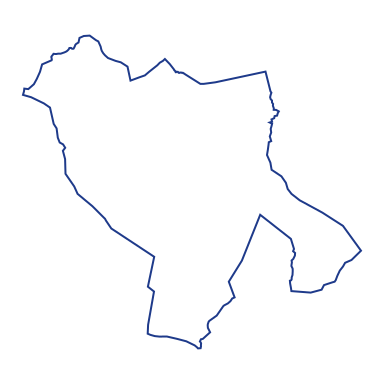 outline of Dange Shuni, Sokoto, Nigeria
{"feature_id": "59680162B96995039930644", "entity_name": "Dange Shuni", "entity_type": "district", "adm_level": 2, "iso_a3": "NGA", "parent_name": "Nigeria", "parent_adm1": "Sokoto", "projection": "orthographic", "projection_center": [5.413, 12.816], "detail": "fine", "context": "isolated", "style": "outline", "palette": "blue", "viewbox_px": 384, "rotation_deg": 0, "n_neighbors": 0, "source": "geoboundaries", "source_scale": "gbopen_adm2", "svg_char_len": 3126}
<svg xmlns="http://www.w3.org/2000/svg" viewBox="0 0 384 384"><path d="M299.7,200.3L291.5,193.9L287.7,189.0L285.9,182.8L281.4,176.3L271.6,169.8L270.4,162.7L267.0,155.0L267.9,149.5L268.6,144.2L268.8,142.2L271.2,141.1L269.8,136.4L271.2,132.5L270.7,128.9L271.5,126.2L272.1,123.7L269.7,122.5L272.1,121.7L271.5,119.4L274.2,118.2L274.6,116.1L277.1,115.6L277.7,113.3L278.8,111.4L276.1,109.9L273.7,109.8L273.8,108.2L272.9,105.8L273.1,104.0L272.0,102.5L272.0,100.5L270.7,99.2L270.1,97.2L270.7,94.7L271.4,92.7L270.5,91.4L265.5,71.6L243.1,76.4L215.4,82.3L203.5,83.9L200.4,83.9L185.0,74.2L184.1,73.5L183.7,73.4L183.4,73.3L183.3,73.1L183.1,72.9L182.9,72.8L182.7,72.9L182.3,72.9L182.2,72.9L181.9,72.7L181.6,72.6L181.4,72.6L181.2,72.7L180.8,72.5L180.7,72.5L180.3,72.5L179.9,72.7L179.5,72.9L179.3,72.9L179.0,72.9L178.7,72.8L178.7,72.6L178.6,72.4L178.4,72.3L178.1,72.1L177.9,71.9L177.3,71.9L177.1,71.8L176.8,71.7L176.5,71.7L176.2,71.8L176.3,72.0L176.1,72.2L175.9,72.3L175.7,72.2L175.5,71.8L175.4,71.6L175.2,71.2L175.0,70.8L174.6,70.5L174.3,70.3L174.3,70.0L174.2,69.9L174.0,69.5L169.8,64.1L164.9,59.0L162.9,60.9L159.8,62.7L157.3,65.3L149.1,71.8L144.9,75.4L139.4,77.3L130.5,80.6L127.5,66.6L120.8,62.3L115.6,60.9L111.4,59.3L108.0,58.0L105.0,55.3L103.2,53.2L101.8,50.9L101.3,49.5L100.6,46.5L98.3,41.4L96.0,40.2L89.7,35.6L83.8,36.0L79.5,37.9L78.5,42.5L76.2,43.9L75.3,44.9L74.8,46.3L73.9,48.1L73.5,48.7L72.6,48.8L72.3,48.7L72.0,48.7L71.6,48.5L71.4,48.2L71.2,48.0L70.9,48.0L70.5,47.9L70.0,48.0L69.4,48.0L69.0,48.9L68.4,49.7L67.5,50.6L66.5,51.4L65.3,52.0L64.4,52.4L60.6,53.7L58.0,53.7L57.4,53.8L56.8,53.9L56.4,54.0L56.0,54.0L55.6,54.0L55.0,54.0L54.4,53.9L53.9,53.8L53.5,53.8L53.0,54.6L52.6,55.1L52.2,55.6L51.6,56.3L51.3,56.9L51.3,57.1L51.4,57.4L51.5,57.6L51.6,57.9L51.6,58.1L51.6,58.4L51.7,58.7L51.7,59.0L51.8,59.3L51.8,59.6L51.7,60.0L51.6,60.3L42.1,64.4L40.0,71.8L36.8,78.9L33.9,84.2L28.3,89.1L24.3,88.6L24.0,91.3L23.0,94.9L31.1,97.2L43.9,103.4L50.0,107.6L53.7,123.9L56.6,128.4L57.8,137.7L59.7,142.5L63.1,144.4L65.2,147.8L62.9,150.8L65.1,159.1L65.5,173.8L74.2,186.4L74.3,186.6L77.6,193.9L92.4,206.2L102.5,216.3L105.1,218.9L105.9,220.5L111.3,228.5L154.2,256.8L147.9,286.7L154.0,291.5L148.1,324.8L147.7,333.7L150.5,334.9L154.8,336.1L159.5,336.6L166.8,336.5L177.2,338.9L186.3,341.3L194.7,345.4L196.9,347.2L198.0,348.4L200.6,348.2L201.0,346.3L200.9,345.1L201.1,343.4L200.7,342.4L199.9,341.5L200.6,340.0L200.9,339.3L202.8,338.9L210.1,332.3L207.9,327.9L207.7,325.5L207.8,324.2L208.6,321.8L209.4,320.8L216.7,315.6L223.3,306.1L224.3,305.3L227.9,303.4L230.4,301.2L232.2,298.5L234.6,297.4L228.8,281.7L241.9,260.6L260.2,214.8L290.9,238.9L293.3,246.7L294.0,249.0L293.1,251.2L295.1,253.0L294.9,255.6L293.3,258.9L291.6,260.5L291.9,262.4L291.5,265.0L291.4,266.0L292.0,267.3L292.6,268.5L292.7,269.4L292.7,270.7L292.7,271.5L292.5,275.0L291.7,277.4L291.6,279.5L291.1,280.3L289.9,280.7L290.1,283.3L291.0,288.2L291.4,291.1L310.7,292.6L321.6,289.7L324.0,285.1L328.2,283.7L332.5,282.3L334.6,281.7L335.7,280.2L337.4,275.7L339.8,270.6L343.0,266.5L345.1,262.8L351.5,260.0L361.0,250.7L343.0,225.9L322.5,212.7L299.7,200.3Z" fill="none" stroke="#1e3a8a" stroke-width="2"/></svg>